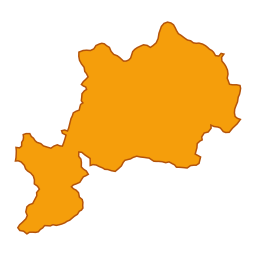 Paraisópolis, Minas Gerais, Brazil (Robinson projection)
{"feature_id": "56859067B39905941746650", "entity_name": "Paraisópolis", "entity_type": "district", "adm_level": 2, "iso_a3": "BRA", "parent_name": "Brazil", "parent_adm1": "Minas Gerais", "projection": "robinson", "projection_center": [-45.837, -22.581], "detail": "fine", "context": "isolated", "style": "filled", "palette": "amber", "viewbox_px": 256, "rotation_deg": 0, "n_neighbors": 0, "source": "geoboundaries", "source_scale": "gbopen_adm2", "svg_char_len": 3183}
<svg xmlns="http://www.w3.org/2000/svg" viewBox="0 0 256 256"><path d="M223.9,54.1L221.1,53.4L218.8,56.1L215.5,55.6L213.6,52.3L211.8,50.5L209.5,49.2L207.5,47.3L205.5,45.7L202.6,44.1L199.0,43.1L196.1,43.3L193.3,42.8L190.7,40.8L187.4,40.0L184.5,38.0L181.1,35.4L178.4,33.7L176.6,30.8L175.2,27.8L173.5,24.8L171.0,23.0L167.5,22.1L164.0,23.4L161.4,26.4L160.2,29.8L159.0,33.2L158.1,38.6L156.2,42.8L152.8,45.8L150.3,47.4L147.2,45.4L143.5,44.8L140.7,46.0L137.3,47.6L134.7,49.4L132.7,51.6L131.6,55.1L130.6,58.1L128.7,60.0L126.1,61.1L123.5,61.1L121.3,59.1L119.6,57.5L117.3,55.8L113.7,54.4L111.1,51.4L109.4,47.4L106.6,45.7L104.3,43.8L101.8,43.3L99.3,44.0L96.0,45.5L93.8,48.9L90.4,50.5L86.5,50.2L83.1,50.5L78.9,52.1L78.8,56.4L79.5,60.3L81.4,63.8L84.1,67.3L84.8,71.5L86.4,73.5L88.1,76.9L85.8,79.3L83.4,81.5L81.4,84.5L83.4,86.0L85.7,87.0L86.6,89.4L84.3,90.9L82.0,93.7L81.7,97.6L81.3,100.7L82.9,102.9L80.6,104.5L79.9,106.9L79.2,110.1L76.0,111.3L73.3,112.9L72.3,116.0L71.0,118.6L70.2,121.9L69.5,124.7L68.7,128.0L67.5,131.0L64.7,130.0L61.6,130.7L62.4,133.2L66.0,135.1L65.2,138.0L63.9,142.2L62.4,146.1L59.9,145.9L57.3,144.8L53.9,146.1L50.9,148.2L47.5,147.2L43.4,145.9L40.8,143.6L36.9,142.3L35.0,140.6L33.5,138.2L31.3,136.5L29.8,133.6L26.1,133.6L23.2,134.6L23.5,137.4L23.1,140.0L21.7,142.3L21.6,146.1L19.5,147.9L16.0,147.4L16.3,150.9L16.2,154.2L16.0,157.6L15.4,161.0L18.2,160.8L21.2,162.0L24.3,165.3L25.6,168.9L27.5,170.9L30.7,173.0L33.3,176.0L34.4,179.7L34.3,183.9L37.5,186.2L39.4,189.1L36.6,192.6L36.8,195.7L35.0,199.1L32.7,203.5L29.3,204.7L26.9,206.8L25.8,211.9L27.3,215.5L25.9,218.8L22.3,222.4L19.7,224.7L17.8,227.7L19.8,230.5L23.6,231.2L26.9,233.9L29.5,232.2L32.8,232.2L35.5,232.4L38.3,231.8L40.3,229.5L42.7,227.9L44.6,225.6L47.2,225.7L50.3,225.9L52.9,224.7L56.3,225.4L59.3,224.7L61.8,224.0L64.8,222.8L67.2,221.2L69.7,220.2L71.8,218.4L74.4,216.2L77.4,214.3L79.3,211.2L81.4,210.1L82.9,208.1L82.7,205.4L82.9,202.3L82.2,199.5L79.4,197.2L78.5,192.7L76.2,190.2L73.5,188.8L71.4,186.8L73.3,184.9L76.2,183.9L79.8,182.3L81.8,179.1L83.4,176.8L85.9,175.7L88.3,174.3L86.3,171.0L83.4,169.1L81.3,166.9L81.4,162.4L80.9,159.1L78.7,156.3L78.8,152.0L81.8,152.3L85.0,155.0L87.7,156.8L90.1,158.4L90.2,162.1L90.2,165.5L92.9,164.6L96.2,165.0L99.1,166.5L102.6,167.9L104.8,169.3L107.9,169.5L111.4,170.7L115.2,171.4L118.4,168.7L121.4,165.9L123.2,162.4L124.9,160.3L128.0,159.5L130.5,158.9L132.9,157.5L136.7,156.2L140.4,157.0L144.1,157.4L146.8,157.8L149.2,158.1L151.5,159.7L153.8,161.2L156.2,161.4L158.8,161.4L162.2,161.7L165.7,162.7L169.1,161.9L172.3,163.7L174.6,164.9L176.4,167.2L179.7,167.3L183.6,167.6L187.2,168.0L190.5,165.6L193.8,165.2L196.2,165.2L199.0,163.4L200.6,157.0L195.2,154.0L196.9,147.8L197.2,143.6L200.0,141.0L202.2,139.9L201.7,136.9L204.2,133.0L208.2,132.0L211.1,128.2L210.9,125.1L214.0,126.5L217.8,127.0L220.4,128.0L223.3,131.6L225.7,132.5L229.2,132.3L232.6,128.1L237.1,123.9L240.4,119.4L237.4,118.3L235.1,116.5L234.4,112.8L234.7,109.1L235.9,105.8L237.5,101.9L238.2,97.2L239.5,94.3L240.1,91.5L240.6,88.3L240.0,85.5L236.7,84.8L232.5,84.8L229.5,84.3L228.5,81.5L227.2,78.2L228.0,74.1L227.5,70.2L225.9,66.5L224.5,64.2L221.9,61.0L221.6,57.3L223.9,54.1Z" fill="#f59e0b" stroke="#b45309" stroke-width="1.5"/></svg>